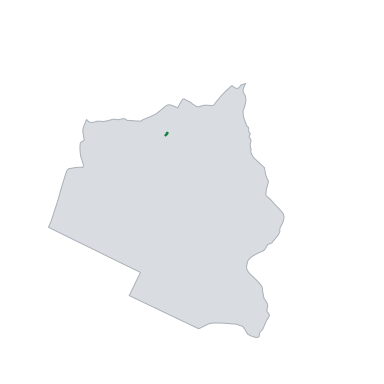 where Sowa sits in Botswana, rotated 298°
{"feature_id": "BWA-5505", "entity_name": "Sowa", "entity_type": "Township", "adm_level": 1, "iso_a3": "BWA", "parent_name": "Botswana", "parent_adm1": "", "projection": "orthographic", "projection_center": [26.183, -20.572], "detail": "fine", "context": "in_parent", "style": "filled", "palette": "green", "viewbox_px": 384, "rotation_deg": 298, "n_neighbors": 0, "source": "natural_earth", "source_scale": "10m", "svg_char_len": 2925}
<svg xmlns="http://www.w3.org/2000/svg" viewBox="0 0 384 384"><g transform="rotate(298 192 192)"><path d="M206.5,65.1L205.9,66.5L205.5,68.5L206.0,70.0L207.1,72.0L208.7,73.7L209.8,74.8L211.2,77.4L212.6,80.6L214.5,83.1L219.8,88.9L220.4,90.9L221.2,93.0L224.5,96.9L225.1,98.2L224.8,100.9L228.3,108.9L230.6,113.6L232.5,114.5L238.6,119.5L243.9,123.5L250.2,126.2L254.7,128.0L257.0,129.3L258.1,130.6L259.0,133.0L259.4,137.2L259.6,139.9L264.5,139.8L268.6,140.1L270.0,140.6L270.5,141.4L270.4,143.2L270.4,145.8L270.6,148.0L270.1,150.2L269.8,152.9L269.6,156.3L270.2,157.6L274.1,161.8L275.7,164.5L277.4,168.7L278.4,170.0L279.2,170.5L282.7,171.0L291.7,172.9L297.3,174.5L301.7,176.2L303.5,176.7L304.4,177.1L304.7,177.5L304.1,181.1L304.3,182.2L304.7,183.3L305.5,184.1L306.4,184.6L309.7,185.1L311.7,187.3L312.9,188.3L306.9,188.8L303.9,190.5L302.1,193.7L299.3,196.1L295.6,197.5L291.6,198.5L287.5,199.0L283.0,201.8L278.3,206.7L275.9,209.8L275.7,211.1L274.7,212.2L272.7,213.2L271.5,214.3L271.3,215.6L270.2,216.3L268.3,216.2L267.0,217.1L266.2,219.1L264.6,220.3L262.0,220.7L259.8,221.9L258.0,223.7L256.5,224.6L255.5,224.6L254.0,226.1L251.5,229.6L251.0,231.2L247.5,244.5L245.6,246.0L242.0,248.8L239.0,252.0L237.8,254.0L236.4,254.8L229.6,256.4L227.1,257.3L224.1,258.5L223.3,259.7L222.6,263.8L220.5,269.6L218.9,274.0L217.8,277.7L215.9,282.4L214.3,284.0L212.4,285.4L210.0,286.1L206.6,286.6L203.6,286.5L201.3,286.6L198.0,288.2L195.0,288.4L190.2,287.5L186.2,286.6L184.5,286.4L181.0,283.4L178.8,283.5L175.4,283.3L173.5,282.6L171.7,281.1L167.8,278.1L164.0,275.7L160.6,274.2L157.5,273.6L154.6,274.3L152.3,275.0L151.4,275.3L149.7,276.6L147.9,279.1L146.5,282.9L146.0,285.3L144.5,290.2L142.4,296.2L141.4,297.9L140.2,299.2L138.3,300.4L132.1,305.3L129.1,310.6L127.2,312.2L124.8,313.0L122.8,313.5L121.7,314.4L120.6,317.1L119.6,318.1L118.4,318.5L114.8,318.3L113.6,318.1L104.1,318.9L101.2,318.1L99.1,317.8L95.9,319.1L94.5,318.4L93.4,316.2L92.6,311.7L92.6,307.9L94.3,305.0L95.7,302.9L97.0,300.1L97.1,298.8L96.8,297.7L96.4,295.5L96.2,293.2L93.9,288.2L91.1,281.6L87.4,274.2L86.2,272.2L83.9,269.0L75.7,263.1L74.5,262.3L74.4,261.6L74.1,255.6L73.8,247.7L73.4,239.7L73.1,231.8L72.7,223.8L72.4,215.8L72.0,207.9L71.7,199.9L71.3,191.9L71.1,185.2L76.9,185.0L84.2,184.7L92.8,184.4L96.6,184.3L96.8,183.2L96.6,178.3L96.2,166.9L95.8,155.6L95.4,144.2L95.1,132.9L94.7,121.5L94.3,110.2L94.0,98.8L93.6,87.5L93.5,81.8L100.2,81.3L108.0,79.9L120.7,77.7L132.5,75.1L140.2,73.6L149.4,71.8L152.5,71.5L153.4,71.7L154.6,72.2L159.0,77.8L161.7,82.1L162.2,83.9L162.7,84.1L164.0,83.8L165.4,83.1L169.7,78.7L170.5,77.6L173.3,75.5L176.6,73.3L179.6,71.7L182.7,70.4L184.1,70.7L185.7,71.8L187.2,72.5L194.1,67.2L197.2,65.9L205.3,64.9L206.5,65.1Z" fill="#d9dde1" stroke="#a8b0b8" stroke-width="1"/><path d="M229.5,141.6L229.9,141.7L231.3,142.0L231.7,141.9L232.3,141.8L232.9,142.0L232.8,143.1L231.4,143.0L230.0,142.6L229.3,142.3L229.5,141.6Z" fill="#22c55e" stroke="#15803d" stroke-width="1.5"/></g></svg>